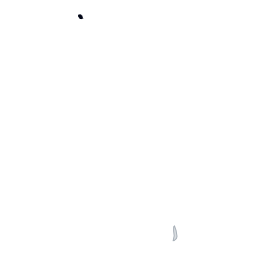 location of Matagi, Tuvalu
{"feature_id": "33948139B17363749661168", "entity_name": "Matagi", "entity_type": "district", "adm_level": 2, "iso_a3": "TUV", "parent_name": "Tuvalu", "parent_adm1": "", "projection": "natural_earth1", "projection_center": [178.689, -7.484], "detail": "fine", "context": "in_parent", "style": "outline", "palette": "ink", "viewbox_px": 256, "rotation_deg": 0, "n_neighbors": 0, "source": "geoboundaries", "source_scale": "gbopen_adm2", "svg_char_len": 849}
<svg xmlns="http://www.w3.org/2000/svg" viewBox="0 0 256 256"><path d="M176.5,238.4L174.1,240.6L173.2,240.6L174.2,235.8L173.6,230.8L173.7,226.8L174.5,226.0L176.1,230.6L177.0,236.4L176.5,238.4Z" fill="#d9dde1" stroke="#a8b0b8" stroke-width="1"/><path d="M80.9,18.0L80.9,17.9L80.9,17.7L81.0,17.7L81.2,17.8L81.3,17.8L81.5,17.9L81.6,17.7L81.8,17.7L81.7,17.5L81.5,17.4L81.5,17.2L81.5,16.9L81.5,16.7L81.4,16.7L81.2,16.5L81.2,16.4L81.1,16.2L80.9,16.1L80.8,15.9L80.6,15.8L80.6,15.7L80.4,15.6L80.2,15.5L80.2,15.4L79.9,15.4L79.9,15.5L79.7,15.7L79.4,15.5L79.4,15.4L79.2,15.4L79.1,15.5L79.0,15.8L79.0,16.0L79.3,16.2L79.5,16.2L79.5,16.3L79.6,16.5L79.8,16.8L79.9,17.0L80.0,17.1L80.0,17.3L79.9,17.3L79.9,17.5L79.7,17.7L79.7,17.8L79.6,18.0L79.7,17.9L79.8,17.9L80.1,17.8L80.3,17.9L80.5,17.9L80.5,18.0L80.9,18.0Z" fill="none" stroke="#020617" stroke-width="2"/></svg>